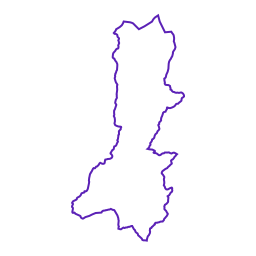 the district of Palpa, Ica, Peru
{"feature_id": "86281439B29793620655674", "entity_name": "Palpa", "entity_type": "district", "adm_level": 2, "iso_a3": "PER", "parent_name": "Peru", "parent_adm1": "Ica", "projection": "mercator", "projection_center": [-75.167, -14.356], "detail": "fine", "context": "isolated", "style": "outline", "palette": "violet", "viewbox_px": 256, "rotation_deg": 0, "n_neighbors": 0, "source": "geoboundaries", "source_scale": "gbopen_adm2", "svg_char_len": 5888}
<svg xmlns="http://www.w3.org/2000/svg" viewBox="0 0 256 256"><path d="M123.7,21.5L123.0,23.3L121.8,25.3L119.7,27.1L116.1,29.3L115.9,30.1L115.2,31.3L113.8,33.0L114.5,33.8L114.9,33.7L115.8,33.9L117.1,34.7L117.3,35.0L117.5,36.6L117.8,37.1L118.7,37.9L119.0,38.5L119.0,38.9L118.3,40.4L118.7,41.2L118.9,42.4L119.1,42.8L119.1,43.3L118.2,45.4L118.5,46.5L118.4,47.9L118.0,48.5L116.9,48.8L116.0,49.5L115.3,50.8L113.5,52.8L113.0,54.0L112.7,57.0L112.8,57.6L113.1,57.9L113.6,58.4L114.2,58.5L114.4,58.7L114.7,59.6L115.6,61.1L116.4,62.0L117.3,64.1L117.3,66.0L117.0,70.0L116.4,71.0L115.9,72.9L115.5,73.3L115.3,73.9L115.4,74.1L115.0,75.4L115.2,76.7L114.8,77.7L114.7,78.3L115.6,81.5L116.1,82.7L116.7,83.5L117.4,84.7L117.3,85.1L117.0,86.0L117.2,89.8L116.6,94.3L116.8,94.9L116.7,96.1L116.9,97.6L116.8,98.1L115.8,99.8L115.2,102.6L115.4,103.4L116.1,104.3L116.3,104.9L114.8,109.5L114.3,110.2L114.1,110.9L114.1,113.1L114.3,114.8L113.8,116.0L114.7,117.9L114.9,119.6L114.9,121.5L114.5,123.3L114.6,123.8L115.3,125.2L116.7,125.9L118.4,126.5L120.7,126.7L121.1,126.9L121.2,127.2L120.8,127.9L120.7,129.3L119.2,130.8L118.9,131.3L119.0,134.2L118.8,134.8L118.3,135.2L118.3,136.7L118.0,138.3L118.0,138.9L117.3,140.2L117.4,140.5L117.9,141.3L117.9,141.7L116.8,143.6L116.7,144.2L116.2,145.3L115.9,145.7L115.3,146.1L114.2,146.5L113.7,149.1L113.3,149.6L112.4,150.0L110.5,153.2L110.7,153.8L111.5,154.4L112.2,155.5L112.3,156.7L111.9,157.6L111.4,158.0L110.5,158.6L109.4,158.9L107.7,159.0L106.6,159.4L105.3,159.6L105.0,160.4L104.7,162.6L104.4,163.4L103.4,163.8L102.6,163.8L101.9,163.6L100.2,162.8L99.4,163.5L98.8,164.7L97.2,166.4L96.1,166.7L95.0,168.2L94.4,168.3L93.7,168.1L93.1,168.6L91.5,171.8L90.8,172.5L90.7,173.2L90.0,174.1L89.5,176.6L89.2,177.9L88.9,180.7L89.2,181.8L88.9,183.7L87.8,188.9L87.0,190.5L86.4,191.1L85.6,191.3L84.8,191.2L84.5,191.3L84.4,191.6L84.4,192.3L84.2,192.5L82.0,193.1L81.5,193.4L80.7,195.2L80.2,195.8L79.5,196.5L77.4,197.6L76.9,198.2L76.8,199.1L76.4,199.6L73.2,201.2L72.9,201.5L72.3,202.5L72.1,202.9L72.8,203.5L73.0,204.1L72.2,205.8L72.0,206.6L72.0,206.9L72.5,207.3L72.9,208.0L72.9,208.9L72.3,211.9L72.5,212.6L72.9,212.9L73.2,212.9L73.8,212.6L74.4,212.6L74.7,212.8L75.3,213.7L79.8,215.7L80.4,216.1L80.9,217.5L81.6,218.1L82.6,218.6L83.3,218.5L85.4,217.1L89.3,215.9L92.3,214.4L95.7,213.0L101.2,212.6L101.5,212.5L101.9,211.7L102.5,211.1L103.0,210.8L103.3,210.8L103.7,210.6L105.0,210.5L106.1,210.1L106.7,210.1L108.5,209.6L109.7,209.5L110.8,208.9L111.7,209.3L112.5,209.8L114.0,210.0L114.4,210.3L117.4,215.4L118.3,218.2L118.4,219.5L118.7,220.6L118.3,224.7L118.5,225.8L118.8,226.2L118.9,226.4L118.6,227.1L118.4,228.7L120.0,229.2L120.9,229.3L123.2,227.7L123.5,227.6L124.5,228.0L124.9,227.9L125.7,227.5L127.3,227.4L128.2,226.9L129.3,226.9L131.4,226.0L132.2,226.0L133.9,229.2L135.0,230.2L135.5,231.8L136.4,232.7L137.6,233.5L138.2,235.4L139.0,236.0L141.8,238.6L142.2,239.7L142.5,240.0L143.4,240.3L145.9,240.4L146.8,240.6L147.0,239.0L147.7,236.6L148.2,235.8L148.8,235.3L149.7,233.5L149.9,233.1L150.1,231.6L149.8,230.6L150.1,228.5L150.6,228.2L151.3,228.0L151.7,227.5L151.8,227.0L152.8,226.3L153.7,225.3L154.6,224.7L154.8,224.5L154.6,224.1L154.7,223.8L155.5,222.8L157.4,222.7L158.1,222.4L159.0,222.3L160.5,221.6L162.7,221.5L163.2,220.8L163.8,220.3L164.0,219.4L164.5,218.5L165.1,218.0L166.1,216.7L166.7,216.2L167.0,215.4L167.6,214.6L167.8,213.9L167.7,213.5L167.2,213.0L166.1,210.9L164.5,209.3L164.4,208.6L164.5,207.4L164.3,206.6L164.3,206.2L164.7,205.6L164.9,204.8L166.5,203.8L167.9,202.2L168.1,201.6L168.1,200.0L168.4,197.7L168.1,196.9L167.7,196.6L167.6,196.2L169.2,195.2L170.8,192.5L171.4,192.2L172.0,191.6L172.3,190.5L172.1,189.6L172.2,188.2L171.9,187.7L171.5,187.6L169.7,188.3L168.3,189.2L167.1,189.5L166.2,189.3L165.6,188.7L165.2,188.1L164.7,186.5L163.8,185.4L164.3,183.1L164.2,181.3L163.9,179.6L164.0,178.4L164.3,177.8L164.2,176.6L163.7,176.0L163.0,174.8L161.8,173.5L161.7,173.0L162.2,171.5L162.8,170.9L165.5,168.9L167.2,168.1L168.3,166.7L169.2,166.1L170.5,164.7L171.7,163.7L171.8,163.2L171.2,161.7L171.1,160.5L172.0,159.7L172.9,159.3L173.2,158.9L174.0,157.9L174.5,156.9L175.6,155.9L176.1,155.1L177.0,154.2L175.7,153.4L174.2,152.7L173.6,152.7L173.0,152.8L171.5,153.5L170.4,153.2L168.9,152.4L168.0,152.5L164.8,152.5L163.9,153.3L162.6,153.4L161.7,153.9L160.6,154.9L159.7,155.2L159.1,155.2L158.7,155.0L156.9,153.6L155.9,153.2L155.3,153.0L154.7,153.1L153.7,152.8L153.6,152.5L154.9,151.3L154.9,151.0L154.6,150.7L152.4,149.6L149.3,149.3L147.6,148.9L148.2,148.4L149.3,147.0L149.6,145.8L150.4,145.0L150.5,144.6L150.3,143.8L150.2,143.2L151.5,141.6L152.0,140.4L152.1,139.5L153.2,138.9L154.2,137.8L154.7,135.7L155.4,134.3L156.9,133.0L157.5,131.3L158.8,130.0L159.4,128.9L158.9,126.6L158.3,125.2L158.4,124.8L159.2,124.0L159.1,123.0L159.4,122.2L160.5,121.3L161.1,120.3L161.0,119.0L161.2,118.6L161.3,117.7L161.6,117.0L161.9,116.6L162.8,114.0L163.1,112.8L164.0,112.0L165.5,111.7L166.1,110.3L166.9,109.2L166.9,108.0L167.1,107.5L167.6,107.5L168.6,108.0L170.1,108.1L170.6,108.0L172.3,107.4L173.9,106.6L174.9,105.8L176.2,104.0L176.8,103.8L178.1,103.7L179.1,102.6L180.7,101.4L181.4,100.7L181.7,98.5L182.1,97.9L183.1,97.3L184.0,96.5L184.0,95.7L183.9,95.1L183.2,93.8L182.6,93.2L181.5,92.5L180.7,92.5L179.0,92.9L177.3,92.6L176.2,92.8L175.0,92.5L174.4,92.1L172.9,91.8L172.0,91.0L171.6,90.1L170.5,89.6L170.4,89.4L170.6,88.2L170.2,87.3L170.0,86.0L168.6,85.1L166.1,84.9L165.4,84.7L164.9,84.0L164.7,83.3L164.9,82.5L164.4,80.6L164.5,79.9L164.2,78.9L164.4,78.5L165.3,77.9L165.8,77.2L166.3,74.7L167.6,71.9L168.4,68.8L168.7,63.7L169.1,61.7L170.0,59.9L171.0,58.6L171.4,57.4L172.1,56.6L172.6,54.8L173.0,53.0L172.9,52.5L173.0,52.0L173.6,51.0L174.9,49.1L175.5,47.1L174.3,42.5L173.8,41.5L174.1,39.2L174.1,37.8L173.7,35.5L173.4,34.7L171.9,32.7L171.3,31.7L165.0,32.3L159.7,21.5L158.1,15.4L155.1,17.4L154.1,18.4L153.2,19.5L152.0,21.6L144.5,26.3L138.9,29.2L133.1,23.4L131.8,22.8L130.1,22.3L123.7,21.5Z" fill="none" stroke="#5b21b6" stroke-width="2"/></svg>